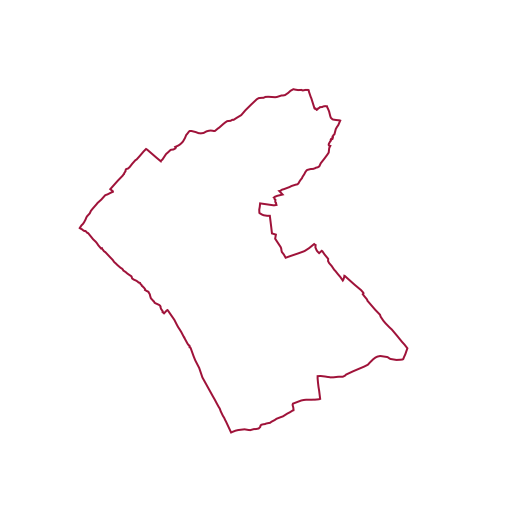 Delesti, Vaslui, Romania (Albers equal-area conic projection), rotated 111°
{"feature_id": "2599482B7658648918127", "entity_name": "Delesti", "entity_type": "district", "adm_level": 2, "iso_a3": "ROU", "parent_name": "Romania", "parent_adm1": "Vaslui", "projection": "albers", "projection_center": [27.539, 46.694], "detail": "fine", "context": "isolated", "style": "outline", "palette": "rose", "viewbox_px": 512, "rotation_deg": 111, "n_neighbors": 0, "source": "geoboundaries", "source_scale": "gbopen_adm2", "svg_char_len": 6085}
<svg xmlns="http://www.w3.org/2000/svg" viewBox="0 0 512 512"><g transform="rotate(111 256 256)"><path d="M293.1,430.6L293.2,430.3L293.2,429.6L293.4,429.0L293.4,428.5L293.4,428.1L293.9,426.7L294.2,425.2L294.0,424.9L293.8,424.3L293.8,424.0L294.7,422.2L294.9,421.6L294.8,421.2L294.8,420.9L298.8,414.0L300.1,410.8L300.7,409.7L301.4,408.6L302.5,407.1L304.5,403.4L303.9,402.7L304.7,401.9L305.2,400.9L306.0,399.7L306.3,398.7L306.3,398.2L309.4,391.8L310.7,389.0L311.4,387.7L312.0,387.0L312.7,385.7L313.0,384.7L314.1,382.2L315.4,378.6L315.6,378.0L315.7,377.1L316.0,376.2L316.4,375.4L316.8,375.0L317.1,374.7L317.7,371.9L317.9,371.4L318.3,370.4L318.8,368.6L319.6,365.1L319.8,364.8L321.0,363.9L321.4,363.5L321.8,361.8L321.9,360.9L321.9,359.8L322.0,358.8L322.3,357.4L322.9,356.0L322.7,355.5L322.7,355.0L322.7,354.6L323.6,353.7L324.1,352.4L324.8,351.8L325.0,350.8L325.3,350.4L325.7,349.3L326.7,347.7L327.1,347.4L327.5,347.4L327.6,346.6L327.9,345.5L327.8,344.9L328.0,344.4L327.9,344.0L327.9,343.8L328.1,343.4L328.7,342.9L329.4,341.9L330.0,341.3L331.2,340.5L332.9,339.2L333.4,338.5L334.1,337.0L334.8,335.8L334.9,335.3L335.1,334.8L335.8,334.2L336.0,333.9L336.1,333.1L336.2,332.2L336.2,331.6L336.3,330.3L336.4,328.9L336.8,327.7L337.4,327.0L337.7,327.0L337.9,326.9L339.4,325.7L341.1,323.2L341.8,323.2L342.5,321.3L340.3,320.4L339.3,320.0L338.7,319.7L338.2,319.2L338.8,318.2L344.9,309.3L348.6,305.2L350.3,303.2L351.8,301.1L353.7,298.6L357.5,294.3L357.8,294.0L357.7,293.8L358.9,292.6L362.3,288.6L363.2,287.3L363.5,286.7L363.4,286.2L363.6,285.9L365.0,285.3L364.9,284.6L365.6,283.8L372.1,278.2L375.2,275.3L380.9,268.9L388.6,262.5L402.2,246.3L404.8,243.1L407.6,239.9L410.3,236.7L411.4,235.2L413.7,233.2L417.0,229.7L418.5,227.7L420.3,225.9L421.2,224.8L429.7,216.0L428.8,215.1L426.4,212.5L424.9,210.3L423.0,206.7L421.9,204.6L421.1,200.6L420.6,198.9L419.9,198.0L418.4,196.0L417.5,193.9L416.1,191.7L414.1,190.8L412.6,191.0L411.6,190.5L410.5,188.9L409.7,187.4L408.8,186.5L407.5,184.5L406.8,183.2L405.1,182.1L402.4,179.7L400.6,178.5L397.7,175.3L396.1,173.4L391.9,170.3L389.8,168.4L387.1,166.4L386.6,165.7L386.2,165.8L384.1,166.9L381.9,168.5L380.6,168.6L374.7,162.0L373.6,160.3L372.5,158.3L371.1,154.8L369.1,149.7L367.2,145.9L366.4,144.9L359.3,148.7L355.7,150.8L351.7,152.9L348.0,154.7L346.1,155.4L344.9,152.8L343.7,148.1L343.3,146.0L342.8,144.1L342.6,142.9L341.5,140.2L339.5,136.4L338.8,134.9L337.6,131.7L335.9,130.1L334.4,129.4L329.0,124.2L325.6,120.7L320.5,115.4L317.4,112.6L314.8,111.6L310.4,109.6L308.0,108.1L306.4,106.6L304.9,104.3L304.6,103.2L303.3,97.3L303.3,96.7L303.9,94.3L303.9,93.4L302.7,87.6L300.8,83.4L300.0,82.0L299.4,81.6L297.3,81.6L294.3,81.4L287.9,81.6L285.5,85.6L283.8,89.0L280.1,95.4L278.6,98.1L277.1,100.8L275.9,103.0L275.4,104.3L274.8,105.8L272.4,111.0L270.8,113.9L268.0,117.9L266.4,119.2L263.5,125.4L257.8,136.0L257.4,136.2L256.6,137.1L254.7,140.5L253.4,142.6L253.0,142.4L252.2,142.3L251.7,142.9L250.2,145.7L247.5,153.6L242.8,166.0L242.8,166.4L244.0,166.1L246.9,166.0L247.8,166.2L245.4,169.7L243.5,173.2L241.6,176.4L240.8,178.1L238.2,181.8L236.4,185.2L234.9,186.9L232.8,187.6L229.9,192.7L227.8,195.7L227.6,196.5L230.7,198.1L229.9,199.9L229.5,200.7L228.7,201.7L226.7,203.6L224.4,204.3L224.4,204.9L224.0,206.0L229.7,209.3L233.8,212.3L234.6,213.1L238.5,217.6L243.4,223.5L247.0,227.7L244.6,230.6L243.0,233.3L241.7,234.2L239.9,235.2L238.8,236.2L233.0,244.3L228.9,245.1L229.2,249.2L224.2,251.8L213.5,257.5L214.5,260.1L215.2,263.4L215.2,265.0L214.7,268.1L214.3,268.4L211.5,269.6L208.8,270.1L205.4,271.0L202.3,257.4L201.0,255.2L199.9,256.0L199.2,256.4L199.0,257.0L198.1,257.6L196.6,258.0L196.3,258.8L196.0,259.2L194.8,259.9L194.8,260.1L194.0,259.7L192.2,257.7L189.1,253.2L187.0,257.5L186.4,256.5L185.4,256.0L184.6,255.3L183.6,253.9L179.6,249.4L177.9,247.9L175.1,244.4L174.7,243.7L174.2,243.0L173.0,242.4L170.8,242.1L168.7,241.6L167.0,241.0L165.2,240.9L162.6,240.3L161.1,240.1L160.5,240.1L159.6,239.9L157.9,239.4L157.3,239.0L155.4,236.4L155.0,235.7L154.3,234.0L153.9,233.5L152.8,232.2L152.2,231.8L151.1,230.2L150.2,229.4L149.3,229.0L146.2,228.8L140.4,227.0L135.7,225.7L133.4,225.2L129.1,226.3L128.4,226.3L126.6,226.1L126.7,227.4L126.3,227.9L125.8,228.1L124.9,228.2L123.4,227.9L122.8,227.9L121.5,227.4L120.9,227.9L120.0,227.9L119.3,227.5L119.1,227.2L119.6,226.8L119.5,226.6L118.3,226.7L117.4,227.3L117.2,227.3L117.2,227.1L117.2,226.9L116.7,227.1L115.4,227.0L114.3,226.4L108.9,227.0L106.7,226.7L104.3,226.1L99.4,225.9L99.4,226.5L100.3,229.8L101.0,233.0L100.9,233.8L100.1,235.7L98.8,236.8L94.8,239.6L92.7,241.6L91.7,242.7L90.8,243.4L91.1,244.2L91.3,245.2L91.7,245.8L92.2,246.7L93.2,247.6L94.1,249.6L94.7,249.8L95.3,250.2L95.8,250.8L97.2,251.2L97.8,251.7L97.5,252.3L97.1,252.9L97.3,253.2L97.0,253.3L96.9,253.6L97.1,254.4L88.9,260.9L87.8,262.0L83.7,265.4L82.3,266.3L82.3,266.9L83.3,269.5L84.6,271.5L84.8,272.1L84.6,272.8L84.9,273.6L86.0,276.1L86.6,278.9L86.9,280.9L89.4,283.0L92.2,284.4L95.4,286.6L96.5,288.4L97.0,289.7L100.0,293.4L100.8,294.8L101.0,295.3L102.9,301.5L104.1,304.2L105.6,305.7L106.4,307.6L107.6,310.0L108.8,311.0L109.5,311.5L116.4,314.8L123.7,318.1L129.8,320.3L134.0,323.6L136.9,325.7L137.3,326.9L138.9,328.2L140.4,331.2L142.2,332.5L144.4,333.8L149.4,336.4L150.5,337.2L153.9,339.1L154.4,340.0L154.6,341.3L155.1,343.3L156.1,345.1L157.4,346.9L159.9,349.0L161.3,351.5L161.9,353.7L161.9,356.7L162.4,360.9L163.1,362.7L163.9,363.2L166.4,363.9L168.0,364.5L171.4,364.6L175.3,365.2L177.5,366.1L179.5,367.2L180.9,368.3L183.1,370.5L183.6,369.7L184.4,369.8L186.1,371.2L187.3,373.4L187.7,373.8L191.4,375.6L192.6,376.3L193.5,376.6L199.4,377.9L201.1,378.8L201.7,378.8L199.9,384.1L195.8,395.5L195.5,397.0L198.7,398.4L204.4,400.4L208.8,402.1L209.7,402.9L214.2,404.6L218.2,405.8L220.2,406.8L221.1,408.0L221.7,408.5L222.8,408.5L223.6,408.2L224.4,408.4L225.8,408.7L226.8,408.6L227.1,408.9L228.6,409.2L235.2,412.0L245.8,416.0L246.9,412.8L247.4,412.6L248.9,414.2L251.8,416.8L252.6,417.8L253.4,418.6L258.7,420.6L263.4,423.0L264.5,423.3L270.2,425.4L273.0,426.3L275.8,426.5L279.6,428.0L281.1,428.2L282.9,428.2L286.2,428.6L288.2,429.1L289.9,429.9L293.1,430.6Z" fill="none" stroke="#9f1239" stroke-width="2"/></g></svg>